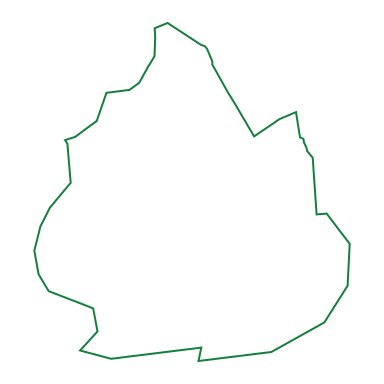 Kings, New York, United States of America (Mercator projection)
{"feature_id": "52423323B42930074476451", "entity_name": "Kings", "entity_type": "district", "adm_level": 2, "iso_a3": "USA", "parent_name": "United States of America", "parent_adm1": "New York", "projection": "mercator", "projection_center": [-73.962, 40.654], "detail": "fine", "context": "isolated", "style": "outline", "palette": "green", "viewbox_px": 384, "rotation_deg": 0, "n_neighbors": 0, "source": "geoboundaries", "source_scale": "gbopen_adm2", "svg_char_len": 955}
<svg xmlns="http://www.w3.org/2000/svg" viewBox="0 0 384 384"><path d="M154.7,28.2L155.2,36.9L154.5,56.2L150.1,63.7L148.6,65.8L139.2,82.8L129.5,89.9L106.5,92.8L96.7,121.0L85.5,129.2L75.2,136.9L65.0,140.1L67.4,143.6L70.7,182.8L58.7,197.1L57.1,199.0L53.9,202.9L49.9,207.7L47.7,212.0L47.3,212.8L46.6,214.3L46.3,214.7L45.6,216.2L44.7,217.9L44.2,219.0L40.4,226.4L36.4,242.5L34.3,250.6L38.6,274.3L43.1,281.9L43.7,282.8L48.7,291.2L83.8,304.7L85.1,305.2L93.2,308.4L97.5,331.5L95.0,334.2L80.1,350.5L111.2,358.8L129.3,356.5L149.8,354.0L159.3,352.8L170.0,351.5L185.9,349.5L191.4,348.9L201.3,347.6L198.5,361.0L271.3,352.0L324.4,322.4L347.6,285.7L349.7,243.9L326.7,213.6L316.6,214.4L312.7,157.7L307.1,151.0L306.5,147.9L304.0,142.4L303.4,138.9L300.0,137.3L296.0,112.1L279.5,119.1L254.1,136.4L235.6,104.9L227.7,92.0L214.6,68.6L214.0,67.6L212.3,64.6L212.4,61.6L207.0,48.7L204.8,46.2L200.9,44.8L167.6,23.0L154.7,28.2Z" fill="none" stroke="#15803d" stroke-width="2"/></svg>